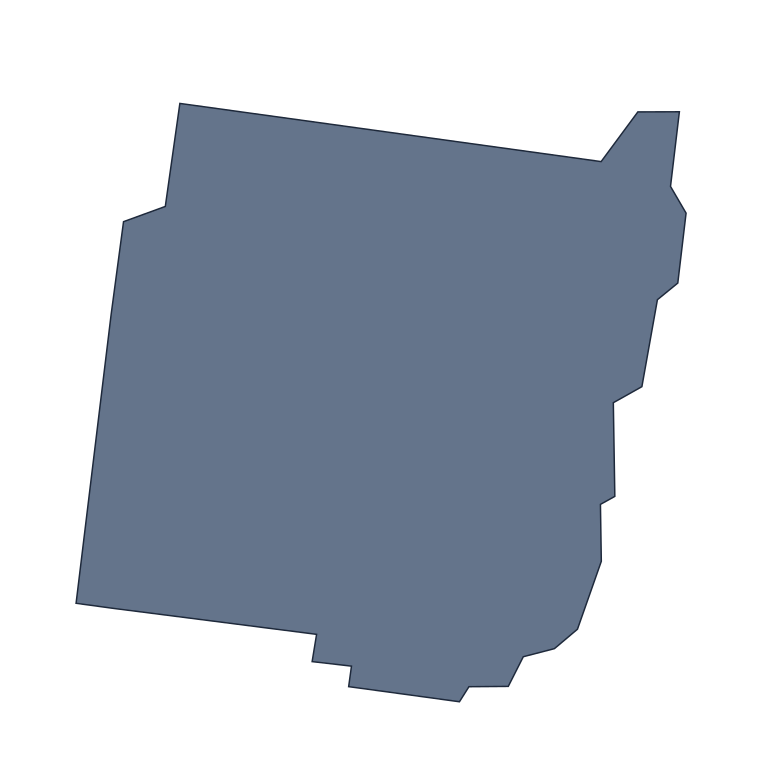 outline of Pike, Georgia, United States of America, rotated 187°
{"feature_id": "52423323B93853380479562", "entity_name": "Pike", "entity_type": "district", "adm_level": 2, "iso_a3": "USA", "parent_name": "United States of America", "parent_adm1": "Georgia", "projection": "equal_earth", "projection_center": [-84.437, 33.09], "detail": "fine", "context": "isolated", "style": "filled", "palette": "slate", "viewbox_px": 768, "rotation_deg": 187, "n_neighbors": 0, "source": "geoboundaries", "source_scale": "gbopen_adm2", "svg_char_len": 514}
<svg xmlns="http://www.w3.org/2000/svg" viewBox="0 0 768 768"><g transform="rotate(187 384 384)"><path d="M182.6,142.1L162.1,164.2L146.7,234.5L154.5,290.9L141.2,300.6L154.1,393.4L127.7,412.8L122.9,501.0L104.7,520.0L105.0,590.4L123.7,615.0L124.0,690.2L165.2,685.0L195.6,631.2L620.8,637.6L622.7,533.6L662.3,513.4L663.3,420.4L662.9,128.8L624.0,128.3L420.4,127.3L421.5,99.7L381.9,100.0L382.2,79.3L270.4,77.8L262.8,93.9L223.8,99.0L212.5,130.3L182.6,142.1Z" fill="#64748b" stroke="#1e293b" stroke-width="1.5"/></g></svg>